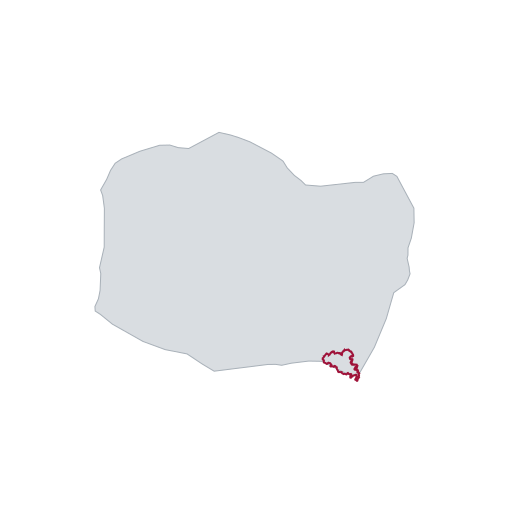 Metsi-Maholo, Mafeteng, Lesotho shown in context, rotated 231°
{"feature_id": "5366337B55767639194071", "entity_name": "Metsi-Maholo", "entity_type": "district", "adm_level": 2, "iso_a3": "LSO", "parent_name": "Lesotho", "parent_adm1": "Mafeteng", "projection": "orthographic", "projection_center": [27.155, -29.616], "detail": "fine", "context": "in_parent", "style": "outline", "palette": "rose", "viewbox_px": 512, "rotation_deg": 231, "n_neighbors": 0, "source": "geoboundaries", "source_scale": "gbopen_adm2", "svg_char_len": 6004}
<svg xmlns="http://www.w3.org/2000/svg" viewBox="0 0 512 512"><g transform="rotate(231 256 256)"><path d="M326.4,332.7L314.3,336.3L312.6,336.7L304.8,335.7L294.5,336.5L286.3,338.5L280.0,339.2L269.6,350.1L250.7,379.6L245.6,385.8L244.1,397.5L239.7,406.7L234.4,413.9L229.2,415.6L213.7,412.6L193.8,408.8L182.3,399.8L172.1,387.9L166.7,379.3L161.0,374.6L159.1,372.0L151.0,368.0L147.9,365.9L145.2,364.5L141.9,358.8L140.0,353.8L140.8,340.0L135.1,331.8L125.3,317.8L119.1,306.3L110.6,290.6L105.4,277.2L100.0,263.2L100.7,257.3L105.8,253.2L121.0,246.2L132.8,240.8L141.2,230.8L150.4,216.1L154.9,207.2L159.4,203.1L164.3,196.9L172.9,183.0L182.5,167.6L192.8,151.0L205.7,146.3L223.3,140.8L240.4,126.5L260.7,114.4L293.4,101.5L308.6,98.3L314.4,96.4L318.1,99.0L321.9,106.6L327.3,113.1L340.0,124.3L345.4,127.0L358.4,143.6L372.4,155.0L388.5,168.2L399.5,174.9L405.1,176.8L409.6,188.3L414.1,196.9L416.7,204.9L416.0,212.7L410.5,231.6L402.7,250.8L396.5,258.8L389.2,263.7L381.9,271.3L378.9,286.8L375.4,305.0L366.0,312.4L358.7,317.2L348.6,323.1L326.4,332.7Z" fill="#d9dde1" stroke="#a8b0b8" stroke-width="1"/><path d="M125.2,268.9L125.3,268.8L125.3,268.5L125.5,268.0L125.6,267.8L126.1,267.4L126.3,266.7L126.8,265.8L127.3,265.8L127.2,265.6L127.3,265.1L127.0,264.6L126.8,264.4L126.9,264.1L127.0,264.0L126.9,263.9L127.0,263.7L126.8,263.1L126.8,262.9L126.8,262.4L126.8,262.2L126.5,262.0L126.4,261.8L126.2,261.7L125.4,261.0L125.3,260.6L125.1,260.4L125.5,260.2L126.3,260.0L126.6,259.9L127.3,260.0L127.5,260.2L127.8,260.2L128.2,259.6L128.2,259.2L128.6,259.1L129.5,258.5L129.8,257.8L129.8,257.6L129.9,257.2L130.3,256.6L130.5,256.2L130.6,255.7L131.5,255.8L132.2,256.0L132.5,256.4L132.6,256.5L132.8,256.3L132.9,256.2L133.1,256.1L133.1,255.9L133.4,255.8L133.4,255.7L133.5,255.5L133.6,255.2L133.4,254.9L133.6,254.8L133.6,254.5L133.6,254.4L133.7,254.5L133.8,254.4L133.8,254.1L133.7,253.6L133.6,253.3L133.7,253.1L133.5,252.9L133.5,252.7L133.4,252.4L133.3,252.1L133.3,251.7L133.3,251.3L133.1,251.1L133.2,250.9L133.1,250.6L133.1,250.4L133.2,250.5L133.5,250.3L134.0,250.2L134.4,250.1L134.5,250.1L135.0,250.1L135.2,249.8L135.4,249.2L135.8,249.2L135.6,248.1L135.5,247.8L135.5,247.7L135.3,247.0L135.1,246.3L135.2,246.2L135.3,245.9L135.2,245.9L135.1,245.7L134.9,245.5L134.8,245.2L134.5,244.1L134.6,243.6L134.2,243.2L133.9,242.9L133.7,242.8L133.2,242.8L132.5,243.1L132.0,243.0L131.7,242.7L131.2,242.1L130.9,242.0L130.7,241.9L130.4,241.8L130.2,241.9L129.4,242.5L128.9,242.7L128.5,242.9L127.8,242.9L127.5,243.2L127.4,243.4L127.4,244.0L127.6,244.8L127.5,245.1L127.4,245.3L126.7,245.6L126.2,246.1L125.8,246.2L125.2,246.0L124.6,246.2L124.2,246.2L124.1,245.9L123.8,245.1L123.6,244.5L123.4,244.5L122.9,244.7L122.8,244.9L122.9,245.2L122.9,245.4L122.7,245.5L122.3,246.0L122.1,246.0L120.9,246.7L120.8,246.9L120.8,247.1L121.1,247.7L121.2,247.8L121.1,248.0L120.3,248.4L120.1,248.4L119.6,248.3L119.3,248.3L118.8,248.6L118.6,248.7L118.3,248.3L118.0,248.0L116.6,247.6L115.3,247.5L114.4,247.0L113.8,247.2L113.5,247.4L113.4,247.7L113.3,248.0L112.6,248.5L112.0,249.4L111.9,249.5L111.2,249.2L110.5,249.2L110.2,249.3L109.9,249.6L109.4,249.7L109.1,249.8L109.0,250.1L108.4,251.0L107.6,251.4L107.2,251.6L107.0,251.8L107.0,252.0L107.2,252.8L107.4,253.4L107.3,253.8L107.2,253.8L106.8,253.9L106.2,253.9L105.8,254.0L105.0,254.6L104.6,255.5L104.1,255.6L103.6,255.0L103.4,254.6L103.4,253.9L103.3,253.7L102.4,252.9L102.1,252.8L101.9,252.9L101.8,253.0L101.7,253.2L101.8,253.3L102.0,253.8L102.0,254.2L102.0,254.4L101.7,254.8L101.6,255.1L101.9,256.0L101.9,256.3L101.6,257.1L101.1,258.2L101.0,258.7L100.7,259.1L99.6,258.6L98.8,257.9L98.0,256.6L97.8,256.2L97.8,255.7L97.6,255.4L97.4,255.3L97.2,255.4L96.9,255.7L95.7,255.8L95.4,255.9L95.3,256.1L95.3,256.3L95.4,256.5L96.1,257.2L96.4,257.7L96.5,258.5L96.7,259.0L96.8,259.3L97.2,259.0L97.3,259.1L97.6,259.5L97.8,259.3L97.9,259.2L97.9,259.3L98.0,259.5L97.9,259.6L98.0,259.8L97.8,260.3L98.0,260.6L98.2,260.8L98.4,260.8L98.5,261.0L98.9,261.1L99.1,261.2L99.3,261.1L99.5,261.2L99.6,261.5L99.8,261.9L99.7,262.0L99.7,262.3L100.1,262.4L100.2,262.2L101.1,262.1L101.5,262.4L101.7,262.2L101.6,261.8L102.0,261.7L102.2,261.9L102.3,262.0L102.4,262.3L102.6,262.4L102.6,262.6L102.4,262.8L102.5,262.9L102.6,263.0L102.9,262.9L103.1,262.7L103.3,262.8L103.5,263.1L103.8,262.9L103.7,262.7L103.8,262.6L103.9,262.9L104.0,262.9L104.2,262.7L104.5,262.9L104.6,262.7L104.9,262.8L104.9,262.7L104.7,262.5L104.7,262.4L104.8,262.2L105.1,262.0L105.4,262.0L105.6,261.9L105.6,261.7L105.7,261.2L105.8,261.2L106.2,261.3L106.4,261.7L106.4,262.1L106.6,262.4L106.7,262.5L107.0,263.1L106.7,263.4L106.5,264.1L106.3,264.2L106.0,263.9L105.9,263.9L105.7,264.0L106.5,265.2L106.7,264.8L106.9,264.6L107.0,264.6L106.9,265.3L107.5,265.5L108.1,265.9L108.6,265.5L108.7,265.4L109.0,265.1L109.1,264.9L109.3,264.7L109.4,264.4L109.6,264.0L109.8,263.8L110.0,263.8L110.0,263.6L110.3,263.5L110.4,263.4L110.5,263.3L110.4,263.2L110.7,263.0L110.9,263.1L111.0,263.1L110.9,262.8L110.8,262.6L111.1,262.4L111.2,262.2L111.5,262.2L111.7,262.3L111.9,262.5L112.1,262.5L112.4,262.6L112.5,262.7L112.6,262.8L112.7,262.6L112.8,262.7L113.0,262.6L113.2,262.4L113.5,262.4L113.7,262.9L113.9,262.9L114.0,263.0L114.1,263.4L114.2,263.7L114.0,263.8L114.1,264.0L113.8,264.1L113.8,264.3L114.0,264.5L114.2,265.0L114.5,265.5L115.0,266.0L115.4,265.8L115.6,265.4L115.6,265.1L115.8,264.7L116.1,264.6L116.5,264.8L116.7,264.7L116.9,264.7L117.0,264.9L117.0,264.6L117.1,264.4L117.3,264.5L117.6,264.7L118.0,264.8L118.1,265.0L118.2,265.4L118.1,265.5L118.2,265.8L118.1,266.2L118.1,266.3L118.3,266.5L118.2,266.7L118.3,266.8L118.2,267.1L118.0,266.9L117.7,267.0L117.7,267.4L117.4,267.5L117.5,267.8L117.4,268.0L117.5,268.0L117.6,268.9L117.7,269.1L118.0,269.2L118.3,268.9L118.5,269.0L118.7,269.3L119.1,269.4L119.4,269.4L119.8,269.6L120.4,269.5L120.7,269.6L120.9,269.5L121.3,269.8L121.7,269.8L121.9,269.7L122.2,269.7L122.3,269.6L122.5,269.4L122.8,269.4L122.5,269.3L122.5,269.2L122.9,269.1L123.4,268.9L123.8,269.1L124.0,269.1L124.1,268.9L124.4,269.0L124.5,269.2L124.5,268.9L125.2,268.9Z" fill="none" stroke="#9f1239" stroke-width="2"/></g></svg>